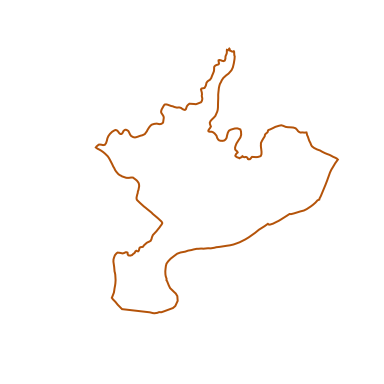 Khsach Kandal, Kândal, Cambodia (Albers equal-area conic projection), rotated 220°
{"feature_id": "14789045B32248598745823", "entity_name": "Khsach Kandal", "entity_type": "district", "adm_level": 2, "iso_a3": "KHM", "parent_name": "Cambodia", "parent_adm1": "Kândal", "projection": "albers", "projection_center": [105.061, 11.705], "detail": "fine", "context": "isolated", "style": "outline", "palette": "amber", "viewbox_px": 384, "rotation_deg": 220, "n_neighbors": 0, "source": "geoboundaries", "source_scale": "gbopen_adm2", "svg_char_len": 6113}
<svg xmlns="http://www.w3.org/2000/svg" viewBox="0 0 384 384"><g transform="rotate(220 192 192)"><path d="M170.3,57.3L147.0,72.7L144.1,74.1L142.9,74.9L140.9,77.1L140.0,78.8L138.1,80.3L136.5,83.0L132.0,90.9L131.5,93.9L133.0,99.4L136.3,102.8L139.2,103.8L141.5,103.9L147.0,104.3L149.9,105.6L153.8,107.7L154.9,108.0L155.6,109.1L158.0,110.6L159.5,111.9L161.4,114.0L162.8,116.0L164.5,118.6L165.5,120.8L165.7,123.6L165.5,127.2L164.6,131.3L163.7,135.2L161.9,138.3L158.9,141.9L157.3,144.6L155.1,147.2L153.8,149.1L151.8,151.6L150.4,152.8L148.7,154.5L147.7,155.3L147.0,155.7L143.5,159.3L141.5,160.8L139.0,163.7L137.9,165.3L135.5,167.8L134.1,169.4L130.6,173.4L128.7,175.5L126.5,178.4L124.8,181.3L123.2,184.1L120.7,189.9L119.4,193.7L117.4,201.3L116.5,206.1L114.4,212.6L113.4,216.4L112.0,216.5L111.2,217.3L109.6,219.8L108.1,223.3L107.1,225.5L106.2,228.1L103.1,237.9L101.9,238.7L100.1,241.2L98.1,244.3L96.5,246.8L94.4,249.7L93.1,252.7L91.7,257.4L91.1,260.0L90.6,263.2L90.5,266.3L89.6,268.0L90.1,268.9L90.5,270.8L90.8,272.0L94.3,283.1L95.9,287.8L96.7,289.9L97.5,292.1L98.8,295.6L99.6,298.6L100.1,301.9L100.8,306.2L101.1,310.6L102.7,310.7L104.8,310.2L106.4,309.7L109.4,309.1L110.6,308.8L113.1,307.9L115.3,307.2L118.2,306.5L120.6,306.1L123.5,305.0L126.9,304.2L129.5,304.1L130.9,304.6L132.7,305.6L135.3,306.7L138.7,308.8L140.6,309.7L141.8,310.7L142.6,311.2L144.1,309.7L145.9,308.5L146.9,307.4L147.6,307.1L148.8,306.8L149.9,306.8L151.5,307.2L153.6,307.4L155.8,306.5L157.8,305.1L160.3,303.2L162.1,302.1L164.7,301.3L166.5,300.5L167.9,298.7L170.0,295.5L171.1,292.9L172.5,289.9L173.3,288.6L173.2,287.7L172.6,286.8L172.6,285.7L173.0,283.8L172.9,282.9L172.7,282.4L172.2,281.7L171.9,280.3L171.8,279.0L171.3,276.2L170.7,273.9L170.1,273.1L169.3,272.2L169.1,271.8L167.6,270.3L166.6,269.4L164.5,267.4L163.1,265.6L162.5,264.0L162.8,263.0L164.1,261.1L165.3,259.9L168.6,257.5L168.7,256.7L168.6,255.5L168.7,254.4L169.7,253.4L170.3,253.2L171.2,253.7L172.6,253.8L173.5,253.3L174.0,252.5L174.9,252.0L176.4,251.8L176.3,251.3L176.3,250.7L176.9,249.7L177.1,249.1L177.4,248.3L178.0,248.3L178.9,247.9L179.8,247.6L180.3,247.5L181.5,247.4L182.1,247.6L182.6,249.1L182.6,250.6L182.4,251.6L183.3,252.1L185.1,252.1L186.2,252.3L187.5,253.6L188.2,255.1L189.1,257.7L189.6,261.3L189.7,262.1L190.0,264.9L191.1,267.4L193.3,269.8L195.2,271.0L197.2,270.3L198.3,269.8L200.0,268.2L201.5,266.0L202.5,264.4L203.1,262.7L202.7,260.6L201.6,258.1L200.3,255.7L200.1,254.1L200.1,253.4L200.5,252.0L201.5,250.8L203.2,249.5L204.5,249.0L205.6,249.0L207.4,249.6L209.5,250.9L212.4,251.4L214.2,251.3L215.7,250.8L217.2,249.5L218.2,249.1L218.8,249.3L219.2,250.4L219.3,251.7L219.3,252.6L219.6,254.3L221.8,255.5L222.9,256.5L223.4,258.1L223.4,259.9L223.1,262.9L223.0,265.2L224.3,269.7L225.2,271.6L226.5,273.5L228.3,275.7L230.2,278.1L232.2,280.7L234.5,283.4L235.9,285.4L238.3,289.0L239.4,291.1L240.1,292.8L240.5,295.0L241.0,296.6L241.3,299.5L240.8,303.3L240.1,306.2L240.0,310.6L240.8,313.7L242.7,317.5L244.9,321.2L246.5,323.4L247.3,323.8L248.4,324.9L249.9,326.5L250.5,326.7L250.8,325.9L251.6,325.3L252.8,325.1L253.7,324.7L254.2,325.0L255.0,325.7L255.6,325.8L255.6,324.6L255.5,323.8L256.6,323.3L256.2,322.7L254.7,320.9L254.1,319.4L253.8,318.2L253.3,317.1L252.1,315.6L251.4,313.8L251.9,312.6L253.3,311.8L254.5,311.5L255.9,310.7L256.3,310.0L256.0,309.5L254.0,307.9L253.7,307.0L254.0,306.3L254.9,305.0L255.4,303.8L255.5,302.6L255.3,301.9L253.7,299.9L252.8,298.5L252.0,296.1L251.5,294.4L250.5,291.5L250.4,289.4L250.9,288.0L251.2,286.7L251.1,285.0L249.8,282.4L249.4,280.5L249.3,279.7L251.2,277.4L251.1,276.4L250.3,275.8L248.4,274.5L247.1,273.2L246.3,271.9L245.3,271.1L244.6,270.6L243.9,269.9L243.1,268.4L242.8,267.1L242.8,266.5L244.8,262.8L245.5,261.7L246.9,260.8L250.7,258.0L251.0,256.6L251.1,255.4L251.0,254.3L249.9,251.4L250.2,250.3L250.8,250.0L251.8,249.6L253.1,249.4L254.2,249.4L255.5,248.9L256.1,248.6L256.8,248.0L257.7,247.0L259.1,246.3L260.1,245.8L261.8,245.3L263.2,244.5L266.8,243.2L268.1,242.5L269.1,241.5L269.2,240.4L268.6,237.2L268.3,235.7L267.8,234.5L267.4,233.8L266.6,233.0L264.4,232.3L263.3,232.0L262.5,231.6L261.8,231.2L261.2,230.5L258.9,226.8L258.8,226.0L259.3,224.5L259.8,223.8L260.6,223.0L263.0,221.7L264.7,219.9L265.7,218.4L266.1,217.7L266.4,216.3L266.4,215.1L266.4,214.1L266.0,211.1L265.6,209.5L265.5,207.8L265.4,206.0L266.0,204.6L266.6,203.4L267.5,202.2L268.2,201.1L268.9,199.8L269.8,198.4L270.6,197.3L271.2,196.8L272.5,196.2L274.6,195.8L276.0,196.1L277.2,196.6L278.7,197.3L280.0,197.8L281.5,197.6L282.7,197.2L283.3,196.5L283.7,194.9L283.1,192.1L283.4,191.0L284.1,190.4L285.4,190.3L287.9,190.9L289.2,190.9L290.4,190.4L291.0,189.4L291.9,186.8L292.2,183.8L292.0,181.1L291.3,178.7L290.3,176.8L289.3,174.3L289.1,172.2L289.8,171.2L290.7,170.5L291.8,170.0L293.0,169.2L293.9,168.3L294.1,167.2L294.4,165.6L294.3,164.3L292.4,164.4L290.3,164.9L287.9,165.3L285.5,165.5L283.2,165.5L279.5,165.2L277.7,164.7L275.8,164.0L270.8,161.9L268.7,160.9L266.9,160.3L265.0,159.4L263.2,158.9L260.2,158.4L259.0,158.4L257.7,158.6L256.6,158.9L255.6,159.0L254.1,159.6L251.5,160.6L250.2,161.6L249.3,162.4L248.0,163.9L246.5,165.1L243.1,165.3L241.6,165.3L240.1,165.0L238.5,164.5L237.4,163.7L236.6,162.9L236.1,162.3L234.3,159.1L233.9,157.8L232.8,156.1L232.4,155.0L231.4,153.0L230.7,151.8L230.1,151.2L229.4,150.7L228.8,150.5L224.6,150.2L219.5,150.0L217.3,150.1L215.2,150.1L211.2,150.2L209.6,150.2L208.1,150.0L201.0,150.0L197.3,149.8L196.7,149.8L195.5,149.5L194.8,149.1L194.4,147.8L194.3,145.9L194.1,143.6L194.1,141.6L194.0,139.2L194.3,133.9L193.6,131.6L192.8,130.0L192.3,128.0L193.0,126.2L193.7,124.8L194.0,124.0L194.5,120.5L194.4,118.3L194.9,117.8L195.9,116.7L196.3,115.7L195.9,114.6L195.2,113.3L195.0,112.1L195.7,111.5L196.9,111.2L197.2,110.1L197.0,109.5L196.8,108.2L197.2,107.1L197.4,105.1L198.4,103.6L199.9,102.6L201.0,102.8L202.4,104.1L203.2,103.9L204.1,103.2L204.7,101.8L205.6,100.4L208.2,99.0L210.1,97.7L210.4,96.4L210.4,94.0L209.6,91.7L208.8,89.9L207.4,88.1L203.5,84.6L200.3,81.4L198.9,80.4L197.6,79.3L193.9,75.4L192.0,72.8L190.8,70.9L189.4,68.4L188.4,66.8L187.2,64.8L186.1,61.6L185.4,59.4L184.6,59.3L184.0,59.0L180.0,58.6L176.5,57.9L170.3,57.3Z" fill="none" stroke="#b45309" stroke-width="2"/></g></svg>